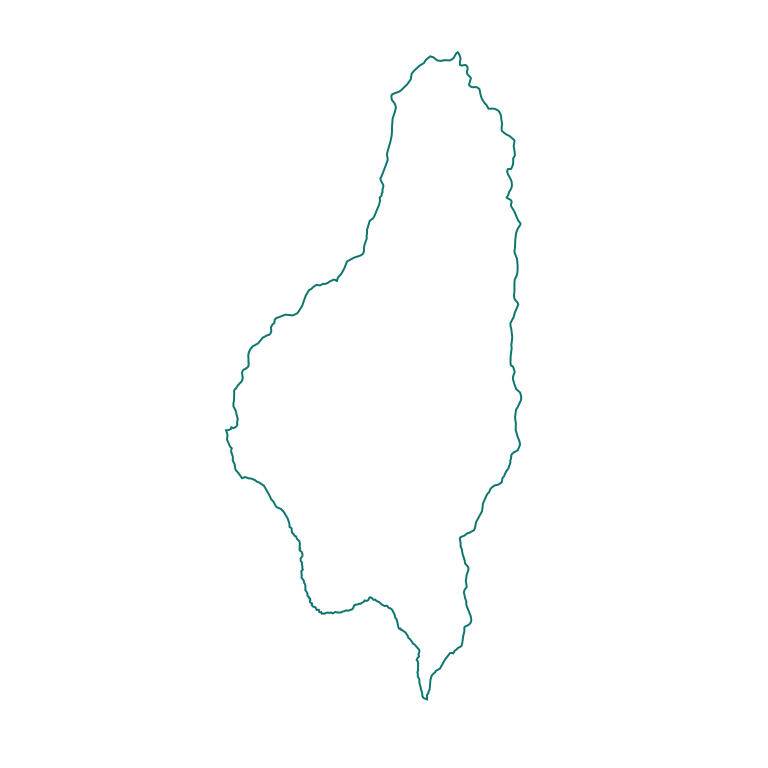 the district of Cajamarca, Tolima, Colombia, rotated 172°
{"feature_id": "7082276B39655849977507", "entity_name": "Cajamarca", "entity_type": "district", "adm_level": 2, "iso_a3": "COL", "parent_name": "Colombia", "parent_adm1": "Tolima", "projection": "equal_earth", "projection_center": [-75.489, 4.41], "detail": "fine", "context": "isolated", "style": "outline", "palette": "teal", "viewbox_px": 768, "rotation_deg": 172, "n_neighbors": 0, "source": "geoboundaries", "source_scale": "gbopen_adm2", "svg_char_len": 6143}
<svg xmlns="http://www.w3.org/2000/svg" viewBox="0 0 768 768"><g transform="rotate(172 384 384)"><path d="M237.6,472.8L236.2,476.4L235.2,482.4L234.9,489.8L236.3,495.3L236.4,497.1L235.1,501.7L234.0,508.2L232.1,515.4L229.8,519.4L226.8,522.7L226.5,524.1L228.4,527.3L231.0,537.0L233.3,542.1L233.5,543.5L232.3,546.4L232.4,547.8L233.8,549.4L235.9,550.7L236.6,551.7L234.7,553.8L233.2,557.0L230.8,559.9L229.9,562.1L229.6,563.5L229.5,566.8L230.4,570.2L232.1,574.6L232.5,577.6L231.5,579.5L228.4,579.3L228.0,579.6L225.9,582.9L225.1,585.9L224.7,589.4L222.9,591.6L222.6,592.5L222.3,595.7L222.5,601.4L220.9,606.7L221.1,607.4L225.5,612.4L228.8,614.6L232.0,618.2L232.2,618.7L231.5,623.2L230.8,624.8L231.0,629.8L230.8,632.3L231.1,635.0L232.5,638.6L235.5,640.8L237.2,641.4L242.2,642.1L243.8,646.2L245.5,648.5L247.4,652.9L248.0,656.2L248.5,662.9L250.9,665.1L255.4,665.6L256.9,666.6L258.0,668.1L258.2,668.5L255.4,674.7L255.6,675.6L257.2,677.5L258.5,679.7L258.2,682.4L257.3,684.3L257.3,686.6L258.1,687.9L259.2,688.7L262.8,688.5L264.3,689.4L264.1,692.5L263.0,695.0L263.0,697.4L263.7,700.1L264.8,702.3L266.4,701.4L270.0,696.8L273.8,695.2L278.1,696.2L282.9,696.1L286.1,696.9L289.6,700.6L292.6,702.0L297.4,699.2L299.9,696.2L304.2,694.4L309.9,690.5L312.3,688.5L313.5,687.3L315.1,682.0L319.3,677.5L326.6,672.2L328.3,671.4L335.5,669.8L336.7,668.2L336.7,664.2L334.4,660.3L333.8,657.6L333.8,655.9L335.4,651.9L338.5,645.7L340.2,638.0L340.7,634.2L341.8,629.0L343.9,623.2L348.6,612.6L349.1,610.8L349.1,605.4L354.0,596.3L358.0,589.2L359.0,588.1L358.9,586.4L357.0,581.0L357.3,579.1L358.6,576.3L358.8,573.9L359.8,572.9L360.0,571.2L360.4,570.7L362.3,569.2L362.4,566.1L363.9,562.2L370.5,551.1L371.9,549.5L375.4,547.6L379.4,538.9L379.8,535.7L380.6,533.1L380.9,530.3L383.7,525.1L384.6,522.6L385.7,517.3L386.9,515.7L389.4,514.5L396.0,513.3L402.9,510.8L403.9,509.9L407.3,503.9L410.3,499.8L412.0,498.0L414.2,496.5L415.5,494.5L416.1,492.7L416.5,492.5L418.0,494.0L419.6,494.3L423.9,492.9L425.9,491.8L428.3,491.3L430.7,491.6L433.7,490.5L436.9,491.6L440.4,490.0L442.9,488.2L445.2,487.4L449.4,482.1L454.1,472.9L459.2,466.8L460.4,465.9L464.9,464.6L471.9,466.4L481.6,464.2L483.2,463.0L484.2,459.6L486.1,458.5L488.0,456.0L488.3,451.9L489.4,449.8L490.9,448.7L492.4,448.6L497.7,446.7L503.1,441.7L508.7,439.6L511.4,437.2L513.2,434.5L514.3,431.9L515.5,420.9L517.1,419.2L518.0,419.0L519.0,418.2L520.2,418.1L521.9,417.1L523.1,414.8L523.0,409.7L524.4,406.6L529.1,402.8L531.0,400.4L532.7,399.2L533.5,397.7L533.6,395.7L535.0,388.0L535.8,385.8L536.2,382.6L535.2,380.2L534.5,377.5L534.0,371.5L533.6,369.8L534.9,366.2L534.8,364.2L536.4,362.3L538.8,361.4L539.5,361.3L541.2,362.4L542.0,360.7L544.0,360.1L546.8,360.1L546.0,355.1L547.0,352.0L547.1,350.3L545.2,343.6L543.7,341.5L544.4,340.1L544.8,338.2L543.8,333.1L544.4,329.5L543.1,325.3L543.1,320.6L542.6,319.1L540.4,315.8L537.6,310.4L534.5,311.2L531.0,309.3L528.7,308.9L525.0,306.7L523.5,305.0L521.6,304.0L517.1,300.1L513.2,290.4L511.8,285.7L509.7,282.6L508.0,277.7L506.7,276.4L503.3,274.5L502.4,272.9L501.5,272.3L498.2,264.5L497.1,259.1L497.4,255.5L496.0,254.5L495.6,253.7L495.9,249.9L494.1,247.5L493.9,246.3L492.4,245.4L491.8,242.8L489.7,240.2L489.5,237.4L490.3,234.5L489.9,232.8L490.8,232.1L490.8,231.7L490.3,230.5L489.1,229.6L488.5,227.7L488.5,225.7L489.2,224.4L490.9,222.8L491.1,220.2L490.0,218.5L490.5,216.9L490.2,214.7L490.5,213.1L490.2,211.7L490.6,211.1L491.6,210.5L492.0,209.6L492.0,206.9L492.6,203.6L491.0,201.0L490.7,198.0L490.1,196.8L489.9,195.1L490.6,190.8L489.1,187.9L489.0,186.7L489.3,184.9L488.0,183.3L487.8,182.1L487.1,181.8L487.0,180.3L487.5,179.9L487.6,178.2L485.8,176.8L485.8,176.3L486.3,176.0L486.4,175.3L485.1,173.3L483.0,172.5L482.1,169.6L480.0,169.5L479.8,167.1L479.0,166.7L478.0,166.9L477.4,165.2L476.4,165.3L475.6,164.8L472.1,165.5L469.2,164.9L468.2,165.1L466.8,164.0L463.9,165.0L462.3,164.3L458.2,163.7L456.5,164.5L455.1,164.5L453.3,165.1L450.8,164.5L446.8,165.3L445.5,166.8L444.5,168.7L443.3,169.4L440.9,169.3L439.5,169.9L438.0,169.6L434.5,171.1L433.2,172.4L431.9,171.7L430.8,171.7L429.4,172.4L428.5,174.2L427.3,174.8L425.6,173.5L424.3,171.6L422.7,171.7L421.6,170.2L419.4,168.9L416.7,165.7L413.9,163.9L412.1,164.1L410.4,161.6L409.4,161.3L407.4,159.4L405.6,154.1L405.3,150.7L404.2,149.2L404.3,148.0L403.9,146.3L403.7,141.4L403.1,139.6L402.3,139.0L401.7,139.4L400.9,137.8L400.2,137.7L397.1,134.7L396.5,133.1L395.6,131.5L395.3,129.5L393.7,127.6L391.9,124.3L391.6,123.1L389.8,121.5L386.2,116.0L386.2,114.2L387.6,111.1L387.2,109.4L388.9,108.0L390.0,106.4L389.9,105.7L389.3,105.2L389.1,102.5L390.2,95.4L391.1,93.8L390.8,92.1L391.3,89.9L390.1,86.6L390.5,83.0L389.9,78.5L390.0,76.4L389.2,73.6L389.4,70.2L389.3,69.2L388.5,67.5L385.2,65.7L384.7,70.1L383.4,71.2L382.5,73.5L381.3,75.2L379.2,84.5L377.7,88.0L376.3,89.6L373.4,91.5L372.5,92.8L368.3,94.3L361.8,102.8L356.1,108.3L354.6,108.4L352.9,107.6L351.1,110.0L349.8,110.6L347.2,112.5L345.4,112.9L343.5,114.2L342.6,116.5L340.5,123.8L338.9,127.7L338.3,131.7L337.3,132.6L334.8,133.3L332.1,134.7L330.8,136.7L330.3,138.7L330.5,142.3L333.1,152.9L333.2,154.6L332.7,157.4L333.4,160.2L333.9,166.6L332.9,168.9L330.3,171.6L330.4,177.6L328.5,184.0L326.4,187.8L326.0,189.9L326.2,191.3L328.4,194.5L328.7,195.5L328.7,198.4L329.8,204.3L330.0,209.7L330.8,212.5L330.3,215.4L330.4,220.8L329.4,221.7L325.4,222.7L322.3,224.6L320.4,224.7L315.3,226.7L313.9,228.9L312.0,234.5L304.5,244.5L302.7,251.7L298.1,259.2L296.4,261.3L295.1,262.0L293.3,265.1L292.0,266.3L288.5,268.2L284.9,268.4L281.5,270.0L281.0,270.4L279.8,274.3L278.1,275.8L275.3,280.3L272.8,282.8L270.8,286.5L269.8,288.5L269.6,290.6L268.7,292.3L267.7,296.2L265.2,298.2L260.9,299.6L258.0,304.4L257.7,305.3L257.8,308.2L259.0,313.3L260.0,320.2L258.9,326.7L258.9,332.6L256.8,340.2L254.9,342.4L250.4,349.3L249.9,352.3L250.4,356.6L253.9,360.7L254.9,365.7L255.6,370.6L255.5,372.3L254.1,375.7L253.3,376.6L252.9,378.2L253.7,382.8L254.5,384.0L255.6,384.5L255.8,385.1L255.7,388.1L254.8,393.4L252.6,401.7L252.5,404.8L250.5,412.1L250.3,420.7L250.6,423.0L250.5,426.0L250.3,426.7L246.4,432.1L244.6,436.3L240.0,443.9L240.1,445.3L242.8,449.9L243.0,450.9L243.0,453.4L242.0,457.2L240.6,467.0L240.0,469.2L237.6,472.8Z" fill="none" stroke="#0f766e" stroke-width="2"/></g></svg>